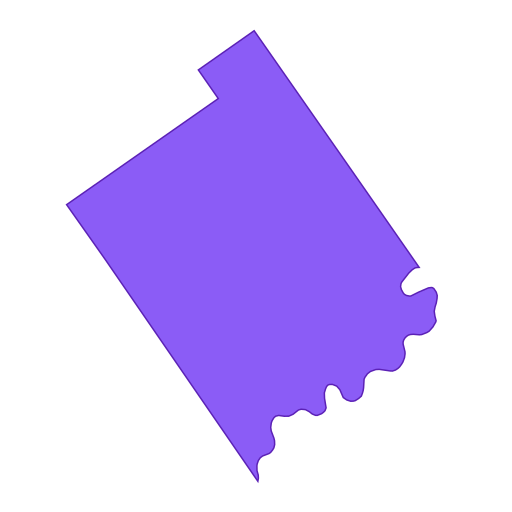 the district of Harrison, Iowa, United States of America, rotated 235°
{"feature_id": "52423323B91984368799839", "entity_name": "Harrison", "entity_type": "district", "adm_level": 2, "iso_a3": "USA", "parent_name": "United States of America", "parent_adm1": "Iowa", "projection": "robinson", "projection_center": [-96.054, 41.686], "detail": "fine", "context": "isolated", "style": "filled", "palette": "violet", "viewbox_px": 512, "rotation_deg": 235, "n_neighbors": 0, "source": "geoboundaries", "source_scale": "gbopen_adm2", "svg_char_len": 1576}
<svg xmlns="http://www.w3.org/2000/svg" viewBox="0 0 512 512"><g transform="rotate(235 256 256)"><path d="M339.9,130.5L70.4,128.3L72.6,130.5L75.3,132.2L79.6,133.7L83.6,136.4L84.9,137.6L87.1,140.6L88.3,143.8L88.4,146.7L86.7,153.4L86.7,155.3L87.6,158.4L88.6,160.6L90.8,163.1L94.0,165.2L96.5,166.2L103.9,168.1L107.1,169.7L110.5,172.8L111.9,174.8L113.3,178.0L113.5,180.2L112.4,183.1L108.5,187.3L106.0,191.0L105.1,195.6L105.5,202.5L104.6,205.1L101.8,208.4L97.8,210.4L94.4,211.4L91.4,213.3L90.3,214.8L89.2,219.3L89.3,221.7L89.7,223.8L91.4,226.3L100.1,230.5L104.7,233.5L107.3,236.8L108.4,238.6L108.9,240.0L109.0,241.3L108.5,242.7L106.9,245.0L103.1,247.5L98.4,248.0L90.0,246.3L86.0,247.8L82.7,250.3L81.3,252.5L80.6,254.3L80.4,258.3L80.8,261.9L82.5,264.4L84.3,266.6L86.3,268.5L93.0,273.8L94.1,275.5L95.6,279.7L95.8,283.5L94.3,289.0L92.5,291.9L84.8,300.1L83.5,301.8L82.6,304.8L82.5,307.6L82.8,310.0L83.8,313.0L84.9,315.5L87.5,319.3L90.4,322.0L92.1,323.1L99.5,326.0L101.2,327.2L102.5,328.9L103.4,331.0L103.8,333.2L103.8,335.4L103.1,337.5L101.7,339.9L97.7,344.7L96.6,346.7L95.3,352.0L95.1,354.6L96.4,360.2L98.9,365.5L99.7,366.4L104.2,368.1L108.5,370.3L111.7,373.6L114.0,376.6L117.3,379.9L119.7,381.8L123.0,382.9L127.3,383.0L128.8,382.4L129.6,381.6L131.0,378.9L133.1,368.7L134.4,360.0L135.0,358.9L137.4,356.6L139.4,355.6L141.3,355.4L145.0,355.8L147.9,356.8L150.2,358.9L151.1,360.6L154.4,371.4L155.1,375.8L155.1,378.0L155.0,379.5L154.3,381.1L153.1,383.1L253.3,383.4L441.6,383.7L441.5,315.5L406.6,315.4L406.7,130.3L339.9,130.5Z" fill="#8b5cf6" stroke="#5b21b6" stroke-width="1.5"/></g></svg>